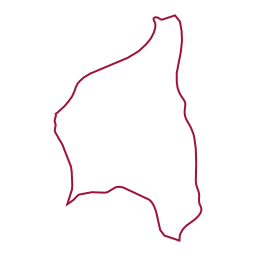 the Province of Gia Lai
{"feature_id": "VNM-478", "entity_name": "Gia Lai", "entity_type": "Province", "adm_level": 1, "iso_a3": "VNM", "parent_name": "Vietnam", "parent_adm1": "", "projection": "equal_earth", "projection_center": [108.233, 13.818], "detail": "fine", "context": "isolated", "style": "outline", "palette": "rose", "viewbox_px": 256, "rotation_deg": 0, "n_neighbors": 0, "source": "natural_earth", "source_scale": "10m", "svg_char_len": 1421}
<svg xmlns="http://www.w3.org/2000/svg" viewBox="0 0 256 256"><path d="M67.3,204.2L68.7,199.8L72.0,189.4L72.3,185.2L71.7,171.7L71.0,166.7L62.6,145.1L60.8,141.8L58.5,138.4L58.3,137.8L57.3,135.7L55.4,132.7L54.8,130.6L54.9,129.2L55.5,126.2L55.7,125.0L54.6,120.9L55.0,118.6L55.6,117.0L55.9,115.4L55.7,113.8L57.8,112.3L64.4,106.3L68.5,101.5L72.2,96.2L74.4,91.4L75.7,87.6L77.3,84.1L79.6,81.3L83.6,77.6L90.4,73.5L127.7,57.8L138.6,51.2L146.3,44.1L151.0,38.2L153.9,32.4L155.1,28.4L155.4,25.6L155.3,23.8L155.0,22.7L153.8,20.5L153.6,19.4L153.7,18.2L154.4,17.6L155.4,17.3L156.8,17.3L158.1,17.8L160.4,19.2L161.2,19.6L162.3,19.6L175.0,15.4L179.9,21.5L181.6,30.9L182.0,40.4L180.8,51.9L176.7,73.2L176.8,82.1L177.6,88.0L179.2,92.4L180.8,95.4L183.9,100.0L184.9,101.9L185.3,103.6L185.2,106.2L184.8,109.0L184.6,112.6L185.0,115.8L186.2,119.2L190.9,127.6L193.4,133.9L194.3,137.7L195.8,148.9L196.2,163.6L195.8,181.1L196.1,184.1L196.8,186.6L198.5,191.5L199.1,194.0L199.2,196.4L199.0,199.2L199.1,201.6L199.4,203.6L201.0,207.3L201.4,209.2L201.2,211.1L200.2,213.4L198.2,216.2L194.9,219.4L186.4,225.6L184.2,227.8L182.2,230.3L179.9,234.8L179.4,240.6L164.5,235.6L160.2,230.0L156.3,212.4L155.1,208.9L153.8,205.6L151.5,201.9L149.2,199.7L123.0,187.4L119.1,186.8L117.0,187.0L115.2,187.5L108.3,191.7L106.5,192.4L104.7,192.7L91.9,192.2L79.5,194.5L78.5,194.9L77.6,195.7L73.5,199.9L70.5,202.1L67.3,204.2Z" fill="none" stroke="#9f1239" stroke-width="2"/></svg>